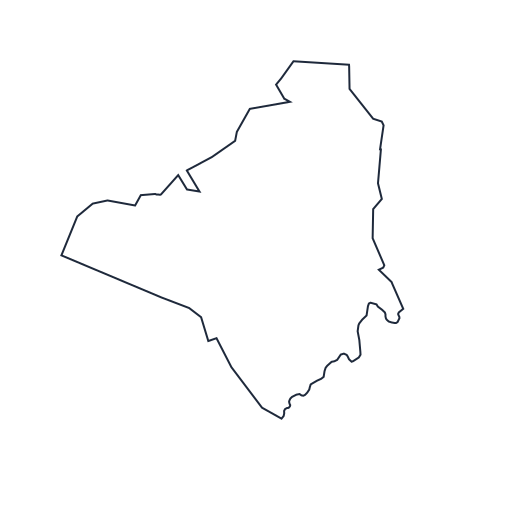 Henderson, North Carolina, United States of America (orthographic projection), rotated 333°
{"feature_id": "52423323B65725719955419", "entity_name": "Henderson", "entity_type": "district", "adm_level": 2, "iso_a3": "USA", "parent_name": "United States of America", "parent_adm1": "North Carolina", "projection": "orthographic", "projection_center": [-82.46, 35.322], "detail": "fine", "context": "isolated", "style": "outline", "palette": "slate", "viewbox_px": 512, "rotation_deg": 333, "n_neighbors": 0, "source": "geoboundaries", "source_scale": "gbopen_adm2", "svg_char_len": 1748}
<svg xmlns="http://www.w3.org/2000/svg" viewBox="0 0 512 512"><g transform="rotate(333 256 256)"><path d="M363.2,369.9L364.8,342.6L365.0,340.8L359.2,324.0L362.6,324.1L364.1,324.1L366.1,322.5L368.0,293.1L381.7,267.4L394.0,262.3L397.7,246.6L415.7,217.7L415.2,217.3L415.0,217.2L429.0,197.5L429.1,193.3L422.7,186.9L415.2,149.6L425.0,129.5L425.7,127.8L377.8,99.5L359.1,109.2L351.7,112.4L352.6,128.5L352.6,128.8L352.8,128.9L356.2,134.0L317.3,122.1L295.3,136.7L289.7,143.9L261.7,147.8L236.7,148.3L234.1,148.3L233.2,148.4L233.2,148.6L234.9,172.9L224.7,165.4L223.4,148.6L199.3,158.0L198.7,158.0L197.8,157.6L196.9,156.9L195.5,156.2L195.1,155.9L194.4,155.0L181.0,149.5L171.2,156.1L148.9,139.1L134.3,135.2L114.7,139.6L82.9,167.1L152.9,250.0L172.8,272.0L179.3,285.6L174.9,310.1L183.5,311.3L183.6,343.9L192.5,393.9L204.9,412.5L208.0,411.1L209.7,409.0L210.7,406.8L212.4,405.6L214.5,405.5L216.1,406.1L217.9,405.4L218.8,404.4L218.8,402.9L219.3,400.9L220.2,399.9L221.9,398.6L224.1,397.9L226.2,397.9L229.1,397.9L232.2,398.8L232.4,399.4L233.3,400.9L234.8,402.0L236.7,402.0L239.6,401.0L242.8,399.2L244.4,397.3L245.8,395.9L246.1,395.5L246.7,395.2L253.8,394.8L258.3,395.0L261.4,394.4L264.8,389.7L267.3,387.2L269.7,386.1L275.3,384.6L278.1,385.4L281.2,385.4L286.8,382.3L290.0,382.9L291.9,385.3L292.1,387.1L292.0,390.3L293.2,393.6L294.8,393.8L301.5,393.1L304.3,391.4L305.5,388.7L309.9,377.8L312.4,369.2L315.8,364.3L317.3,363.0L321.8,360.9L327.5,359.2L333.0,351.5L335.0,349.6L336.8,349.6L341.4,353.8L341.6,356.4L343.9,361.1L345.2,364.8L344.9,366.7L343.9,368.7L343.4,370.8L343.6,372.2L344.5,374.6L346.6,376.7L349.2,378.7L350.5,379.3L352.2,379.1L355.6,376.5L356.1,375.2L356.1,373.6L356.3,372.2L357.6,371.1L363.2,369.9Z" fill="none" stroke="#1e293b" stroke-width="2"/></g></svg>